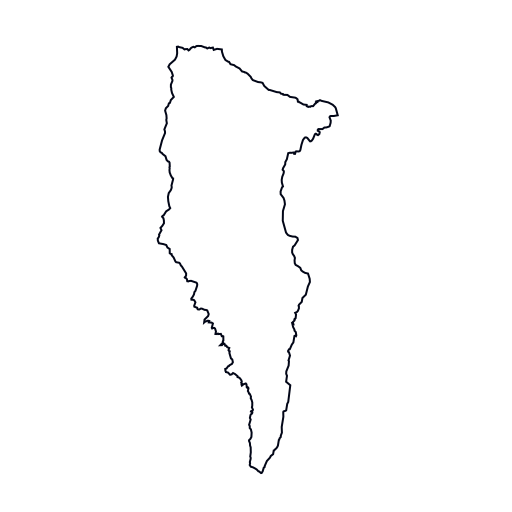 the district of Qacha's Nek, Qacha's Nek, Lesotho, rotated 84°
{"feature_id": "5366337B29714874400852", "entity_name": "Qacha's Nek", "entity_type": "district", "adm_level": 2, "iso_a3": "LSO", "parent_name": "Lesotho", "parent_adm1": "Qacha's Nek", "projection": "mercator", "projection_center": [28.688, -30.097], "detail": "fine", "context": "isolated", "style": "outline", "palette": "ink", "viewbox_px": 512, "rotation_deg": 84, "n_neighbors": 0, "source": "geoboundaries", "source_scale": "gbopen_adm2", "svg_char_len": 6086}
<svg xmlns="http://www.w3.org/2000/svg" viewBox="0 0 512 512"><g transform="rotate(84 256 256)"><path d="M39.7,312.8L46.1,313.2L49.3,314.1L52.3,316.1L56.3,321.8L58.7,323.4L64.1,320.6L67.8,319.8L68.7,320.1L69.1,320.9L69.8,321.4L72.1,320.7L73.1,320.8L76.6,322.7L79.2,323.0L80.2,322.7L81.7,322.9L85.1,322.5L89.2,321.1L92.0,324.4L94.7,325.6L95.1,326.7L97.6,327.7L99.6,330.2L101.9,331.2L106.5,330.4L109.7,330.5L111.3,331.0L114.7,330.8L120.5,333.9L122.4,333.5L124.2,333.6L131.1,337.3L140.1,340.7L141.6,340.8L142.9,340.1L143.6,338.9L144.8,338.2L147.3,335.6L151.1,334.9L152.7,333.7L153.2,332.6L154.2,332.2L158.0,332.4L158.6,332.8L159.8,332.7L161.5,333.1L163.9,333.1L167.0,332.3L169.8,331.0L170.2,330.3L171.3,330.5L177.1,332.7L178.7,332.6L180.0,333.0L181.7,333.9L184.3,336.2L188.0,337.4L192.3,337.5L197.5,337.0L199.4,336.3L200.6,337.6L202.2,340.7L205.9,343.6L206.3,344.7L207.1,345.3L208.8,344.1L211.1,343.9L213.8,344.1L216.2,346.0L218.1,348.1L220.5,347.3L224.6,350.2L225.4,350.0L227.4,350.9L228.3,351.9L230.5,352.0L233.2,351.2L234.5,346.8L235.7,344.1L238.3,343.2L240.0,341.1L244.2,341.5L244.9,340.8L245.3,339.7L246.5,339.7L248.8,338.1L253.0,336.7L253.8,336.1L254.7,333.1L255.5,332.4L257.6,331.7L258.7,330.8L266.0,327.3L268.3,327.6L269.8,329.1L270.3,328.8L270.6,328.0L271.9,327.1L273.9,327.0L274.2,325.9L273.9,325.2L273.9,323.2L276.2,318.2L276.9,317.6L278.0,317.4L279.5,317.7L284.4,319.9L285.4,321.0L287.7,321.7L289.8,323.1L291.6,324.8L292.7,324.8L293.1,322.6L293.7,322.0L295.7,321.1L299.1,322.7L300.0,322.6L301.3,319.9L302.4,319.8L303.0,319.4L303.3,318.1L302.5,316.3L302.7,315.3L304.2,312.7L304.4,311.4L305.0,310.2L308.8,309.1L310.7,309.9L313.8,313.8L316.7,314.5L316.0,313.5L315.3,310.6L315.7,309.3L317.1,309.9L317.6,307.1L318.6,305.9L322.8,307.5L323.5,307.2L323.1,305.9L323.2,305.0L323.9,304.3L326.9,303.7L329.3,304.5L329.5,303.7L329.2,302.0L329.7,301.8L329.8,299.1L332.2,298.4L332.2,297.3L332.5,296.9L336.7,297.3L337.0,297.7L337.7,298.0L338.8,297.7L339.4,298.9L341.0,300.8L341.1,299.1L340.3,298.4L340.1,296.5L342.1,295.9L342.1,294.9L343.7,294.1L344.7,292.2L346.8,293.2L347.9,292.6L348.1,292.1L349.6,292.6L355.3,291.6L355.6,291.1L356.5,290.4L359.2,290.1L360.8,291.2L361.9,293.8L362.6,294.4L362.7,295.2L364.8,297.1L365.1,298.4L367.2,298.4L367.8,298.0L368.3,298.0L369.0,296.0L371.4,294.2L371.2,292.6L370.0,291.1L371.2,289.2L373.6,286.9L374.5,287.0L375.0,285.8L376.0,284.7L378.2,283.5L379.6,283.3L380.5,284.0L381.3,283.4L382.4,283.9L383.4,283.6L382.2,281.7L381.7,279.5L382.6,278.9L385.7,278.9L386.0,278.6L385.5,278.1L386.0,277.5L386.5,277.4L386.7,277.8L387.3,277.5L389.4,278.2L391.3,277.4L392.1,277.4L392.3,276.8L392.8,276.5L395.4,275.7L396.9,276.1L398.8,275.4L401.3,275.0L404.7,275.4L406.0,275.9L408.5,275.1L409.4,275.5L409.8,277.1L410.2,277.3L410.8,276.3L411.5,276.0L412.5,276.7L412.9,277.6L413.6,278.1L416.4,279.0L418.1,278.4L423.2,280.5L424.4,280.0L426.5,280.2L427.9,279.2L431.2,278.8L435.5,279.5L437.3,280.7L438.4,282.1L439.1,282.3L441.4,281.6L443.9,281.7L445.7,281.3L450.8,281.7L454.8,282.7L455.9,282.4L457.1,282.5L460.3,283.7L461.4,283.5L463.2,284.1L465.0,283.2L465.8,281.2L467.0,279.4L468.4,277.6L470.4,276.1L470.6,275.4L472.4,273.7L472.4,273.1L470.9,271.9L467.3,270.4L466.8,269.5L465.6,269.2L461.0,266.6L458.0,263.2L456.4,262.2L454.9,259.7L451.3,258.7L451.2,258.1L450.5,257.5L449.4,255.9L448.0,254.7L446.8,254.0L441.3,252.5L441.1,252.1L439.8,251.6L438.6,250.3L437.2,250.1L434.4,248.7L428.7,248.3L418.8,245.6L414.0,245.2L413.4,244.8L413.0,242.7L412.6,242.1L406.3,240.4L404.5,239.2L388.1,235.4L384.2,239.2L378.4,237.7L376.3,238.3L373.9,237.9L368.4,235.0L364.0,234.2L363.3,234.6L358.6,232.6L355.1,233.3L354.8,233.9L353.9,234.1L352.2,232.9L352.2,232.1L347.8,229.6L345.9,227.9L339.5,226.1L339.3,225.4L339.9,224.6L339.1,224.2L335.8,224.4L334.3,225.5L333.1,225.5L330.6,226.5L326.9,227.0L327.4,226.0L325.6,226.3L324.2,224.5L323.3,224.1L323.1,224.4L322.6,224.2L322.0,223.1L318.4,222.3L316.6,223.0L316.0,221.2L315.0,220.1L312.6,218.8L310.7,218.6L310.0,218.9L308.8,218.2L306.4,215.3L302.6,214.2L299.7,210.5L291.8,207.6L287.5,205.1L284.3,205.0L278.9,206.1L277.9,209.0L276.5,211.0L275.0,212.5L272.4,213.2L270.5,215.3L269.0,217.5L267.2,218.2L264.3,218.1L262.0,217.5L259.9,218.1L258.0,219.2L256.3,219.7L253.6,219.4L250.6,218.2L249.5,216.5L244.5,212.6L242.4,212.9L240.9,214.9L240.5,217.5L239.5,220.3L238.5,222.0L237.2,222.9L235.8,223.7L223.8,225.7L214.1,224.5L207.6,221.8L204.0,221.9L201.2,222.5L197.1,225.0L194.4,224.8L190.4,222.9L189.7,221.9L185.7,222.6L183.0,222.5L179.9,221.6L176.9,220.0L175.3,219.5L174.4,219.5L173.0,220.5L171.5,219.9L168.0,217.4L165.6,217.0L163.0,215.2L157.1,213.2L156.8,211.3L157.1,210.4L157.0,207.7L158.4,207.4L158.5,206.5L156.3,205.6L156.1,205.1L156.5,202.7L156.3,201.6L155.2,200.8L150.2,199.2L145.6,197.2L143.9,195.7L143.2,194.7L143.4,193.5L144.0,192.6L147.6,190.3L147.7,189.6L147.1,188.5L145.4,187.0L141.1,184.7L140.6,183.8L140.9,183.1L141.9,182.5L142.3,181.7L141.4,180.3L139.7,179.7L138.9,179.9L137.9,181.5L137.0,181.4L136.3,180.7L136.7,176.6L135.4,174.6L135.5,172.6L135.0,170.1L134.6,169.2L131.4,167.9L129.2,167.5L125.7,168.4L124.9,167.9L124.6,167.1L124.9,164.0L124.6,160.0L117.4,161.2L116.2,161.7L113.6,163.9L110.8,168.1L108.6,174.5L107.7,176.1L108.2,177.1L108.5,179.6L109.4,179.2L109.4,180.4L110.4,180.5L110.8,181.4L112.9,183.5L112.7,185.4L113.3,186.6L112.9,187.7L113.2,188.4L112.3,189.9L111.0,189.8L110.3,193.0L108.0,196.1L107.6,197.0L107.1,197.2L106.9,198.2L104.5,198.3L103.2,199.5L102.6,200.5L101.3,205.6L99.1,207.9L98.6,211.6L98.4,212.1L97.8,212.2L97.1,214.3L95.8,215.2L95.2,218.2L92.3,225.0L92.2,226.0L87.8,230.0L84.5,231.4L83.8,233.1L83.2,235.8L80.7,240.8L78.8,242.0L77.3,242.5L73.8,245.3L72.4,247.1L72.3,247.9L71.8,248.4L71.0,250.6L67.8,252.7L65.4,256.3L63.9,257.8L62.6,261.3L60.1,262.5L59.9,263.3L57.9,265.9L54.0,267.6L49.3,268.5L47.0,268.4L45.9,273.1L46.6,276.5L44.2,277.1L44.5,279.6L43.8,280.7L44.5,282.8L43.3,284.1L43.3,284.8L41.4,288.6L41.0,292.1L41.0,293.3L42.1,295.1L41.4,296.4L41.8,297.7L42.3,298.8L44.1,300.7L44.5,301.6L43.0,302.6L42.9,304.7L43.1,305.5L41.3,307.3L40.1,310.9L39.6,311.5L39.7,312.8Z" fill="none" stroke="#020617" stroke-width="2"/></g></svg>